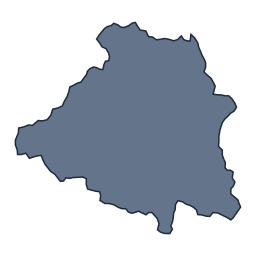 outline of Recreio, Minas Gerais, Brazil
{"feature_id": "56859067B1728597863247", "entity_name": "Recreio", "entity_type": "district", "adm_level": 2, "iso_a3": "BRA", "parent_name": "Brazil", "parent_adm1": "Minas Gerais", "projection": "natural_earth1", "projection_center": [-42.438, -21.518], "detail": "fine", "context": "isolated", "style": "filled", "palette": "slate", "viewbox_px": 256, "rotation_deg": 0, "n_neighbors": 0, "source": "geoboundaries", "source_scale": "gbopen_adm2", "svg_char_len": 2304}
<svg xmlns="http://www.w3.org/2000/svg" viewBox="0 0 256 256"><path d="M124.3,27.4L120.8,27.2L118.1,25.0L113.8,23.3L111.0,25.7L107.3,26.6L104.3,28.8L101.6,32.0L99.0,35.3L96.6,39.1L99.5,42.8L102.0,46.8L106.0,48.7L108.5,52.9L109.5,56.9L108.6,60.8L105.5,61.2L104.0,64.4L102.9,69.5L99.8,69.3L96.5,67.6L93.5,67.0L90.2,68.5L87.5,71.1L86.5,74.7L83.9,78.0L80.8,82.2L77.4,83.1L74.1,85.0L69.9,86.9L68.7,92.1L67.0,96.8L64.3,101.4L62.3,105.9L58.1,107.9L52.7,109.2L50.8,115.3L47.2,119.7L42.3,120.9L38.4,120.5L35.2,123.0L32.5,125.4L28.5,125.0L23.7,126.9L18.7,128.0L18.3,133.1L16.8,136.7L15.4,140.1L15.4,145.0L17.2,149.8L17.6,154.5L21.2,154.5L25.9,153.3L29.4,158.3L33.0,157.1L37.5,155.8L41.3,155.5L42.8,159.7L45.2,164.5L47.9,167.9L50.5,171.3L55.1,174.5L58.1,178.4L60.3,181.3L63.6,181.0L65.8,177.8L69.3,178.4L73.5,177.5L78.6,177.3L82.9,177.0L86.4,178.8L86.2,184.3L87.7,189.1L92.2,190.3L96.0,191.3L99.5,191.7L100.7,195.3L100.0,200.5L105.0,203.5L109.0,203.5L114.0,204.8L118.4,207.4L122.0,208.7L125.8,208.8L128.1,211.8L131.4,213.2L134.7,212.6L138.4,211.2L142.3,213.0L146.0,214.8L148.7,212.5L152.0,212.6L154.7,215.6L157.5,218.8L159.0,223.9L157.5,229.8L160.3,232.0L164.2,233.4L169.8,233.6L172.4,229.2L170.8,225.9L172.5,221.7L173.3,217.4L173.6,213.2L175.2,209.5L175.5,204.5L177.9,200.7L182.8,201.9L185.9,204.1L189.8,205.3L193.1,207.1L196.3,209.7L197.8,214.6L202.2,215.0L206.2,216.2L209.9,216.4L212.9,212.6L217.9,213.0L222.7,215.4L227.2,217.6L230.8,219.9L233.2,217.8L236.6,212.8L240.6,207.1L239.2,203.8L237.8,199.8L234.0,196.6L230.8,193.9L230.9,188.9L233.6,185.6L234.9,182.0L232.3,178.0L233.1,171.9L230.3,170.2L227.2,170.2L225.0,167.7L225.4,162.8L223.9,159.5L222.3,155.1L222.3,150.0L218.5,146.4L218.9,140.8L218.9,136.1L220.0,130.0L221.2,125.9L222.7,121.9L225.0,118.9L228.2,115.9L230.4,113.4L234.0,111.2L236.5,107.3L235.0,103.3L231.8,98.6L228.7,95.8L224.9,95.8L221.7,95.0L217.9,94.8L213.1,94.2L214.1,90.4L215.2,86.1L213.2,82.2L211.2,78.4L207.4,75.2L203.9,71.9L205.6,67.5L205.6,62.6L204.1,59.0L202.4,55.9L200.6,51.6L198.7,47.2L197.8,43.0L194.7,37.9L190.9,34.4L190.1,41.1L186.8,40.8L183.6,39.5L181.3,35.9L177.8,39.5L173.8,40.8L168.6,39.2L164.5,38.5L160.5,39.3L156.4,39.8L152.7,37.1L148.4,36.5L145.9,31.0L140.1,30.0L137.8,26.6L135.3,22.4L132.1,23.2L128.8,25.6L124.3,27.4Z" fill="#64748b" stroke="#1e293b" stroke-width="1.5"/></svg>